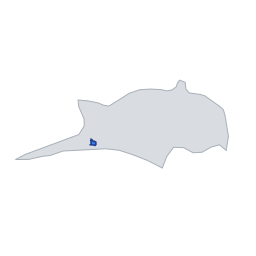 Platani, Cyprus (highlighted), rotated 195°
{"feature_id": "46923920B1049795521369", "entity_name": "Platani", "entity_type": "district", "adm_level": 2, "iso_a3": "CYP", "parent_name": "Cyprus", "parent_adm1": "", "projection": "mercator", "projection_center": [33.769, 35.33], "detail": "fine", "context": "in_parent", "style": "filled", "palette": "blue", "viewbox_px": 256, "rotation_deg": 195, "n_neighbors": 0, "source": "geoboundaries", "source_scale": "gbopen_adm2", "svg_char_len": 1499}
<svg xmlns="http://www.w3.org/2000/svg" viewBox="0 0 256 256"><g transform="rotate(195 128 128)"><path d="M181.1,135.9L183.5,142.1L173.3,143.9L163.2,144.5L157.5,143.7L152.2,144.1L135.7,161.9L126.8,167.9L116.2,171.5L105.5,173.7L100.1,173.9L95.3,176.2L92.0,180.3L91.9,184.3L90.5,187.6L84.6,186.9L82.1,180.5L77.9,177.7L67.4,179.1L62.3,179.0L45.6,172.8L40.6,170.3L37.4,165.0L28.8,145.9L27.4,131.8L35.4,135.4L42.9,131.0L50.1,123.8L58.7,120.9L64.1,122.2L69.4,123.4L79.0,121.1L83.2,110.5L84.5,98.2L100.8,101.7L117.2,103.5L130.7,104.2L144.0,102.2L184.7,89.0L196.2,81.2L203.3,78.5L215.7,72.0L228.6,68.4L220.4,75.9L173.8,109.0L170.8,118.7L172.9,125.5L179.4,133.7L181.1,135.9Z" fill="#d9dde1" stroke="#a8b0b8" stroke-width="1"/><path d="M155.3,102.6L155.2,102.9L154.9,103.3L154.7,103.7L154.8,103.9L154.8,104.2L155.0,104.5L155.1,104.8L155.1,105.2L155.2,105.6L155.3,105.9L155.5,106.1L155.8,106.1L156.1,106.2L156.5,106.4L156.8,106.5L157.1,106.4L157.4,106.0L157.8,106.1L157.8,106.4L158.2,106.4L158.5,106.4L159.0,106.6L159.4,106.7L159.5,107.0L159.7,107.3L160.2,107.3L160.4,107.4L160.7,107.6L160.7,107.2L160.6,106.8L160.5,106.4L160.7,106.2L160.4,105.9L160.4,105.7L160.2,105.4L160.2,105.2L160.1,104.8L160.0,104.7L159.9,104.5L159.9,104.3L159.7,104.1L159.5,103.9L159.6,103.6L159.6,103.3L159.7,103.2L159.7,102.9L159.7,102.7L159.7,102.3L159.7,102.2L159.8,102.1L159.4,102.1L159.1,102.3L158.8,102.3L158.5,102.4L157.8,102.6L157.1,102.6L155.7,102.6L155.3,102.6Z" fill="#3b82f6" stroke="#1e3a8a" stroke-width="1.5"/></g></svg>